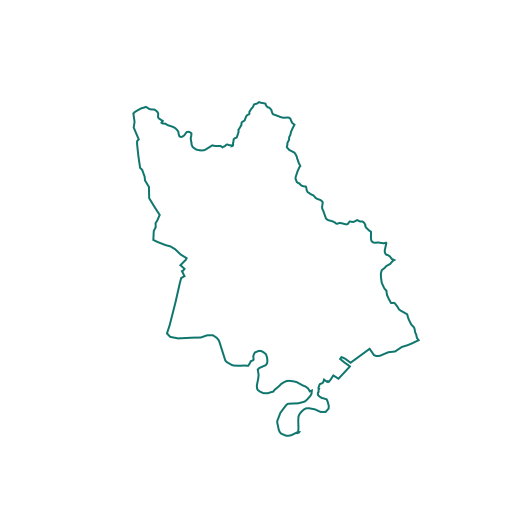 the district of Birchis, Arad, Romania, rotated 214°
{"feature_id": "2599482B17966040812815", "entity_name": "Birchis", "entity_type": "district", "adm_level": 2, "iso_a3": "ROU", "parent_name": "Romania", "parent_adm1": "Arad", "projection": "orthographic", "projection_center": [22.196, 45.958], "detail": "fine", "context": "isolated", "style": "outline", "palette": "teal", "viewbox_px": 512, "rotation_deg": 214, "n_neighbors": 0, "source": "geoboundaries", "source_scale": "gbopen_adm2", "svg_char_len": 6147}
<svg xmlns="http://www.w3.org/2000/svg" viewBox="0 0 512 512"><g transform="rotate(214 256 256)"><path d="M327.2,386.3L328.2,386.3L329.3,385.9L330.7,386.0L332.1,386.6L333.4,387.6L336.4,386.4L337.7,385.7L339.5,385.3L340.4,382.9L342.2,380.9L342.3,380.6L342.3,380.0L341.9,378.3L342.1,375.7L342.2,375.0L342.1,371.8L341.2,370.5L341.0,370.2L341.2,369.4L342.0,368.0L342.2,366.8L342.2,366.0L341.9,364.8L341.4,362.8L341.3,362.0L341.5,361.2L342.2,359.9L342.4,359.4L342.4,358.5L342.2,357.7L341.4,356.5L341.3,356.1L341.4,355.4L341.2,354.8L341.1,350.6L339.9,349.3L339.8,349.0L338.7,345.2L338.3,343.3L339.5,341.6L339.8,340.4L339.6,340.2L339.3,339.2L338.5,337.9L338.2,336.8L337.0,335.0L336.9,334.7L337.1,333.9L337.3,333.7L337.4,334.3L337.8,334.2L339.6,333.2L340.5,332.8L341.9,332.5L342.6,332.0L342.8,331.7L342.9,330.9L343.5,329.1L344.1,328.4L344.6,327.3L346.3,327.4L347.1,327.3L350.0,325.2L352.3,323.9L354.1,323.3L357.3,316.1L358.1,314.8L359.2,313.8L361.4,312.3L362.7,311.8L364.5,311.0L365.9,310.8L369.2,310.9L371.1,311.9L371.9,312.6L372.5,313.3L372.9,314.0L373.8,314.6L376.1,317.3L376.8,319.3L378.0,321.4L378.3,321.6L378.8,321.7L380.3,321.6L380.9,321.5L382.3,320.5L382.7,320.1L382.9,318.8L382.9,316.9L382.9,316.1L383.7,313.9L384.3,313.1L385.4,312.5L386.2,312.4L386.6,312.5L388.7,314.2L389.5,315.2L390.0,315.7L391.8,316.3L394.1,316.8L395.7,316.8L398.7,316.2L400.8,315.5L402.6,315.1L405.1,315.0L407.6,313.6L408.9,313.6L408.8,315.8L412.9,315.7L414.3,316.0L415.1,316.6L416.2,318.6L416.5,319.1L417.3,319.8L418.6,320.4L420.6,320.6L421.8,320.6L422.3,320.5L424.9,318.9L426.0,318.4L427.7,318.1L428.1,318.2L430.1,318.1L430.5,318.0L431.1,317.6L431.4,316.9L433.6,314.4L435.3,311.2L437.1,307.4L437.1,306.5L437.5,306.0L437.9,306.2L431.7,299.3L429.2,294.1L418.4,287.1L418.8,284.7L417.1,282.2L409.5,273.2L401.4,264.3L398.6,263.8L392.6,259.4L390.3,256.6L383.4,253.4L376.9,244.2L366.4,239.4L358.8,236.2L357.7,230.2L357.6,227.0L355.3,223.9L354.7,219.5L350.1,211.9L345.3,212.6L336.9,214.5L332.4,216.1L326.9,216.4L319.3,215.1L312.3,215.4L312.1,213.5L313.5,206.1L308.1,205.4L308.2,203.2L308.9,202.0L304.0,199.3L305.7,195.9L303.9,190.7L296.9,172.7L288.9,150.4L286.5,142.0L281.8,141.0L274.4,144.2L262.4,153.2L256.2,157.5L252.2,162.9L247.4,166.2L242.7,166.2L239.3,165.1L223.0,152.2L221.2,151.7L215.0,152.1L212.9,152.9L207.8,156.1L204.7,158.5L201.1,160.6L201.1,163.3L201.5,165.9L200.4,167.4L200.0,168.7L202.2,171.4L202.9,173.8L202.9,175.5L200.7,178.8L198.7,180.1L195.6,180.4L192.8,180.1L190.0,178.0L187.6,175.0L186.8,173.0L186.9,170.9L189.7,166.5L190.7,164.8L191.0,162.8L187.2,158.7L185.3,154.9L182.9,149.1L181.0,146.7L179.5,145.9L176.9,145.8L173.2,146.4L169.5,148.8L167.3,151.6L165.9,153.1L165.7,155.6L164.8,158.6L164.0,161.4L163.7,163.6L162.5,166.5L160.8,169.4L158.5,171.2L154.7,173.1L151.8,174.2L145.1,174.8L141.8,175.5L138.7,175.3L135.7,173.9L134.5,175.7L133.0,172.9L132.7,170.7L133.3,165.8L134.2,162.6L136.4,160.0L138.6,157.5L144.6,153.1L146.9,151.3L147.6,149.3L147.9,144.4L148.1,139.6L146.0,130.7L144.6,129.1L142.7,127.4L140.8,125.4L138.3,123.5L135.8,122.8L131.5,123.6L129.8,124.2L127.8,125.8L126.3,127.5L123.8,131.9L123.7,131.7L122.6,132.3L121.7,133.7L121.7,134.1L123.0,133.2L122.7,133.9L124.9,137.6L126.2,139.3L129.2,143.6L130.9,146.4L131.3,148.2L131.5,150.0L131.1,153.1L130.4,155.6L129.7,157.1L128.7,158.2L126.8,159.5L121.4,161.8L115.4,162.8L111.1,165.6L110.5,170.1L111.8,172.4L114.9,175.1L117.3,176.7L120.8,175.6L121.9,175.1L124.4,175.0L126.6,175.3L127.5,176.0L128.1,177.2L128.1,178.4L128.5,178.7L129.3,180.1L129.4,181.3L130.4,181.4L130.8,182.4L130.9,183.4L131.4,184.7L131.3,185.8L130.3,187.0L129.8,188.1L129.8,189.7L130.3,190.9L130.5,191.6L126.6,191.4L126.5,192.3L125.3,192.3L125.0,195.7L125.1,200.2L119.0,200.4L116.4,216.7L116.4,217.0L123.3,217.2L128.7,217.7L128.6,220.0L125.0,220.7L117.9,220.4L109.9,242.6L102.8,239.8L100.1,240.4L97.5,242.5L92.5,250.2L87.3,254.6L84.2,262.2L80.7,266.5L78.3,270.0L74.1,277.1L76.8,278.1L78.3,279.5L79.3,280.5L81.1,281.5L84.3,284.7L85.8,285.4L88.4,285.8L89.9,286.5L93.7,288.7L95.7,290.1L97.9,292.1L98.3,292.2L105.7,291.6L107.4,291.7L108.1,291.9L110.2,293.0L114.5,294.4L115.4,294.3L117.6,292.6L117.9,292.6L119.3,293.3L122.5,295.0L124.5,296.3L125.0,296.5L126.1,297.5L127.8,299.3L128.3,300.1L130.6,300.6L131.8,301.1L132.6,301.5L133.8,302.3L136.8,304.1L140.7,308.5L142.5,311.0L143.1,312.5L143.8,314.6L143.5,315.7L142.8,317.5L142.6,318.5L142.3,320.7L141.6,321.9L140.3,324.6L140.1,326.7L139.7,329.0L139.2,329.9L140.5,329.7L141.5,329.4L144.8,330.5L147.4,330.5L148.3,330.0L148.9,330.0L149.8,330.2L150.5,330.6L151.2,331.1L152.3,332.4L155.1,339.4L155.4,339.7L155.6,339.7L157.3,337.9L162.5,335.4L163.6,334.4L164.9,333.4L165.8,333.0L167.1,332.7L167.9,332.8L168.6,333.1L169.5,333.7L170.0,334.3L171.3,335.9L172.0,337.1L174.1,340.2L174.4,340.4L176.6,340.4L180.6,341.1L182.2,341.9L182.5,342.8L184.1,343.6L185.4,344.1L186.1,344.2L187.0,344.1L187.4,344.0L188.3,343.2L189.2,342.8L190.5,342.5L191.9,342.5L192.4,342.0L193.4,340.0L194.4,338.6L197.7,336.9L197.8,334.1L197.9,333.7L198.1,333.4L198.6,332.9L199.7,332.3L203.2,331.1L205.1,330.2L205.4,329.9L206.3,328.6L206.9,328.0L207.8,327.7L209.4,327.9L211.1,327.7L213.4,327.1L215.8,326.2L216.5,326.0L218.9,326.2L225.7,331.2L227.5,332.2L227.9,332.7L228.7,333.7L230.5,337.5L230.7,337.8L231.3,338.1L232.7,338.4L234.1,338.4L236.6,337.7L238.8,337.4L241.6,338.2L242.9,338.3L244.0,338.0L246.3,337.8L247.2,338.0L248.8,337.8L249.3,338.0L251.2,339.2L251.5,339.7L252.5,340.7L253.5,341.4L253.9,341.3L254.6,340.8L256.9,339.9L258.8,339.9L259.5,340.0L260.5,340.5L261.7,340.1L263.1,340.2L263.4,340.1L264.5,340.8L266.5,342.2L267.3,343.7L268.9,349.4L269.7,354.1L269.7,354.9L269.6,355.3L270.8,356.1L272.1,356.7L274.3,358.3L275.1,359.0L276.2,359.7L277.7,361.1L278.7,361.7L279.5,362.2L281.9,363.2L287.7,362.5L290.9,363.3L291.5,363.7L291.6,364.0L292.1,365.6L292.8,366.6L293.0,367.0L293.3,368.1L293.5,370.3L293.7,371.1L294.7,372.6L295.0,373.5L295.2,375.5L296.3,378.3L297.0,381.8L297.5,386.3L299.9,386.5L300.6,386.7L301.6,387.2L304.2,389.0L305.6,389.2L306.9,388.7L307.7,388.2L309.2,386.9L311.1,385.7L313.6,384.8L315.4,384.5L320.9,383.1L321.3,383.1L322.7,383.8L325.0,385.7L327.2,386.3Z" fill="none" stroke="#0f766e" stroke-width="2"/></g></svg>